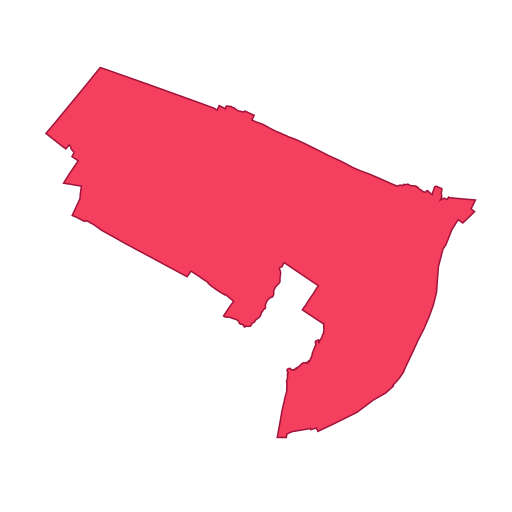 Ciupercenii Noi, Dolj, Romania, rotated 273°
{"feature_id": "2599482B10348373605310", "entity_name": "Ciupercenii Noi", "entity_type": "district", "adm_level": 2, "iso_a3": "ROU", "parent_name": "Romania", "parent_adm1": "Dolj", "projection": "mercator", "projection_center": [22.919, 43.888], "detail": "fine", "context": "isolated", "style": "filled", "palette": "rose", "viewbox_px": 512, "rotation_deg": 273, "n_neighbors": 0, "source": "geoboundaries", "source_scale": "gbopen_adm2", "svg_char_len": 6108}
<svg xmlns="http://www.w3.org/2000/svg" viewBox="0 0 512 512"><g transform="rotate(273 256 256)"><path d="M401.7,205.6L420.8,142.5L436.1,90.6L417.4,77.0L390.6,57.2L377.5,47.5L367.4,39.8L355.5,56.7L353.0,60.5L355.1,62.1L357.2,63.6L356.8,63.9L355.9,64.7L355.2,65.2L354.2,65.6L353.5,65.7L352.8,66.1L351.2,67.7L350.3,68.8L349.8,68.7L349.2,68.6L345.6,67.0L341.8,73.5L328.6,65.5L318.7,60.0L318.4,62.2L318.1,64.4L318.1,65.6L316.6,78.0L308.6,77.3L304.1,77.2L286.8,70.3L285.5,74.3L281.7,82.5L281.7,83.7L282.4,84.7L282.1,85.5L281.6,86.5L281.4,87.5L280.4,88.8L279.8,90.4L278.6,92.7L273.8,100.1L260.9,126.3L231.7,188.3L234.0,189.7L237.4,191.8L236.9,193.0L235.4,195.4L232.3,200.9L230.7,203.2L229.0,206.1L227.6,208.6L227.1,209.6L226.8,209.5L226.4,209.5L226.1,209.8L225.6,210.6L224.3,212.0L221.8,215.9L221.2,216.7L217.9,222.4L215.5,226.9L216.1,227.3L210.2,235.3L209.6,236.0L203.8,232.3L194.5,226.7L193.7,228.1L193.3,229.2L193.3,229.8L193.4,230.4L193.6,231.5L193.6,231.9L193.4,233.0L192.4,236.0L191.7,239.2L191.4,239.7L190.8,241.0L190.5,241.5L189.8,242.0L188.6,242.6L187.7,243.1L187.2,244.0L187.1,244.6L186.9,246.1L186.0,247.3L185.6,247.6L185.0,247.6L184.5,248.1L184.7,248.9L185.3,249.3L185.5,249.7L185.3,250.4L185.3,251.1L185.4,251.8L185.4,253.1L185.4,253.5L185.6,254.0L186.0,254.4L187.1,255.0L188.3,255.6L188.7,255.9L189.2,256.5L189.6,257.5L189.8,257.7L190.4,258.1L191.8,258.9L192.3,259.2L192.8,259.9L193.1,260.4L193.6,260.9L193.9,261.2L194.5,261.9L194.8,262.3L195.4,262.8L197.8,264.0L199.0,264.3L200.3,264.7L201.3,265.5L202.3,266.1L202.8,266.4L203.4,266.9L203.7,267.5L203.9,267.8L204.2,267.9L204.8,268.2L205.4,268.2L205.9,268.0L206.7,267.9L207.9,268.1L209.8,268.6L211.0,268.9L214.0,271.2L214.6,271.8L214.8,272.2L215.5,272.7L215.7,273.0L215.7,274.0L215.9,274.4L216.6,274.9L217.1,275.2L218.2,275.6L219.1,275.7L221.8,275.5L222.1,275.5L223.1,275.7L223.4,275.9L224.7,276.6L225.5,276.9L225.9,277.0L226.3,277.3L228.4,279.2L229.3,279.9L229.8,280.3L231.1,281.1L231.9,281.3L236.0,281.1L238.2,281.4L239.7,281.4L240.3,281.5L240.7,281.5L245.1,280.0L245.7,280.5L246.1,281.2L246.4,281.7L246.4,282.2L246.5,282.5L247.1,282.8L247.7,283.0L248.9,283.4L250.0,283.9L250.8,284.6L229.5,319.9L227.0,318.2L223.6,316.4L221.7,315.4L214.6,311.0L211.2,309.1L210.1,308.5L209.3,308.3L208.8,308.1L208.5,307.4L208.1,307.1L204.6,305.1L191.8,326.9L191.8,327.1L190.9,327.1L190.3,327.3L189.6,327.4L188.7,327.3L187.7,327.4L186.0,327.8L185.6,327.8L184.3,327.4L183.0,327.5L182.2,327.6L181.6,326.9L181.3,326.8L181.0,326.7L180.2,326.5L179.3,326.3L177.9,325.9L175.9,324.6L175.1,324.1L173.3,323.7L172.6,323.4L172.7,323.1L173.0,323.0L173.7,323.0L174.3,323.1L174.9,323.2L175.4,322.8L175.4,322.3L175.0,321.7L174.4,320.6L174.0,320.0L173.5,319.7L173.1,319.7L172.4,319.8L170.8,320.4L170.5,320.4L170.1,320.3L169.6,320.2L168.7,319.6L164.0,318.1L162.7,317.6L161.6,317.3L159.6,317.1L158.8,316.9L155.7,315.6L155.3,315.5L153.5,315.0L153.3,314.7L153.7,314.3L154.0,314.0L153.7,313.7L153.4,313.5L152.3,313.4L151.7,313.2L151.4,313.0L151.7,312.2L152.4,311.5L152.1,311.1L151.8,310.9L151.8,310.3L152.0,309.4L151.2,307.7L147.9,304.7L146.7,302.9L146.1,302.9L145.6,302.6L146.0,301.8L145.9,301.5L145.6,301.2L144.9,301.0L144.8,300.9L144.6,300.8L144.7,300.0L144.6,299.9L144.1,299.9L143.9,299.6L143.9,299.3L144.2,299.0L144.3,298.8L144.3,298.4L144.2,298.2L144.4,297.6L144.4,297.2L144.4,296.9L144.4,296.7L144.9,296.5L145.4,296.3L145.6,295.9L145.6,295.5L145.2,294.4L144.7,293.4L144.4,293.1L143.9,293.0L143.4,293.0L142.9,293.1L142.3,293.5L141.9,293.5L141.0,294.3L140.6,294.2L140.1,293.7L139.3,293.5L139.1,293.8L138.9,293.8L138.0,293.7L136.7,293.8L135.9,293.9L135.3,293.8L134.8,293.6L134.0,293.4L133.7,293.3L133.0,293.3L132.8,293.2L132.6,293.1L132.3,293.0L131.9,293.3L131.4,293.3L129.9,293.6L129.1,293.4L128.6,293.5L128.2,293.7L127.9,293.8L127.2,293.7L125.8,293.6L124.3,293.7L123.3,293.7L122.4,293.7L121.2,293.5L119.7,293.1L117.7,292.7L115.3,292.1L113.0,291.9L112.2,291.8L108.4,291.0L107.7,291.0L102.6,290.0L90.4,288.6L75.9,286.7L76.3,295.8L79.9,296.1L82.5,301.3L84.9,312.1L86.6,319.3L85.4,319.7L87.4,325.3L84.1,327.0L93.6,344.5L105.3,365.2L118.3,380.7L125.9,392.6L133.4,400.1L134.2,399.5L138.6,403.4L141.6,405.6L147.8,409.4L152.5,411.0L168.0,417.4L180.4,422.3L192.0,427.5L204.2,432.0L216.3,435.7L229.5,438.2L242.3,438.4L255.3,438.8L272.8,442.4L277.0,445.0L277.3,445.1L292.7,450.3L302.8,456.0L299.8,460.8L311.7,472.0L314.3,468.3L323.4,472.2L324.3,446.7L324.9,445.2L323.9,444.7L323.2,444.5L322.6,444.0L322.5,443.8L322.6,443.1L323.0,442.6L323.2,441.8L323.7,440.8L323.5,440.4L323.2,440.1L322.4,438.9L322.3,438.6L321.4,437.1L322.6,437.6L324.0,438.1L325.3,438.4L326.3,438.2L327.6,437.9L329.2,437.8L330.5,438.0L331.5,438.2L332.3,438.1L333.0,438.0L335.2,432.0L334.9,431.6L334.5,431.0L334.1,430.7L333.4,430.4L332.2,430.2L331.0,429.8L330.5,429.7L329.8,429.5L328.8,429.0L328.3,428.9L326.9,428.9L326.6,429.0L326.7,428.5L326.7,428.2L327.1,427.5L327.9,426.7L328.8,425.4L329.7,424.9L330.2,424.0L330.0,423.0L328.7,422.2L328.6,421.2L328.8,420.1L329.2,419.2L330.0,418.2L330.5,417.3L330.8,417.1L331.0,416.4L331.3,415.5L331.6,415.1L332.0,414.9L332.5,414.7L332.9,414.3L333.1,414.0L333.1,413.6L333.4,413.1L333.8,412.6L334.2,412.0L334.3,411.2L334.3,409.6L334.3,407.3L334.4,406.6L334.6,406.2L335.0,405.5L335.5,404.5L335.6,403.7L335.6,403.2L335.2,402.6L335.2,401.9L335.1,401.7L335.1,400.9L335.1,400.7L335.3,400.0L335.3,399.8L335.2,399.6L334.7,399.5L334.3,399.3L334.1,399.2L333.9,398.9L333.9,398.7L334.2,398.4L334.3,398.0L334.3,397.8L334.2,397.4L334.2,397.1L334.3,396.8L334.3,396.1L334.2,395.7L333.2,394.2L333.8,391.4L343.4,366.0L346.8,355.1L349.4,348.2L355.1,335.9L360.1,323.2L363.0,316.8L370.3,300.0L374.5,289.6L375.7,285.7L376.4,283.4L377.1,281.3L377.6,280.3L378.2,278.8L378.7,276.9L379.2,276.0L379.5,275.4L380.6,272.3L381.8,268.9L384.7,262.3L386.0,259.9L387.8,256.1L390.2,248.3L391.5,244.8L396.4,246.8L398.9,240.5L400.2,237.2L399.1,236.7L400.1,230.3L402.5,226.7L402.7,226.4L402.9,225.9L402.9,225.5L402.9,224.9L403.3,224.4L403.7,224.0L404.0,223.3L404.1,222.2L404.1,221.3L404.1,220.5L404.2,219.2L404.2,218.5L401.5,217.6L404.3,211.4L399.7,209.6L401.7,205.6Z" fill="#f43f5e" stroke="#9f1239" stroke-width="1.5"/></g></svg>